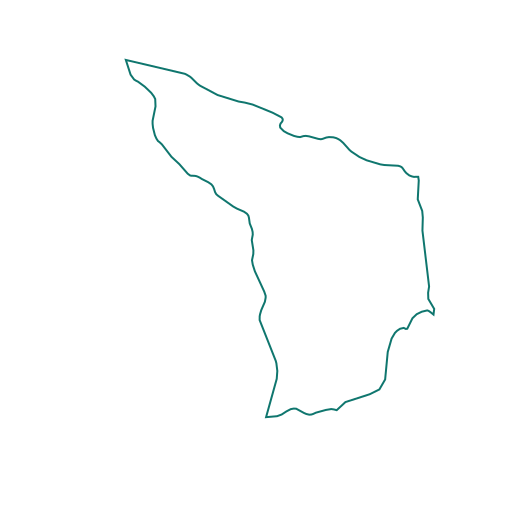 outline of Maldonado, rotated 289°
{"feature_id": "URY-20", "entity_name": "Maldonado", "entity_type": "Department", "adm_level": 1, "iso_a3": "URY", "parent_name": "Uruguay", "parent_adm1": "", "projection": "orthographic", "projection_center": [-54.808, -34.45], "detail": "fine", "context": "isolated", "style": "outline", "palette": "teal", "viewbox_px": 512, "rotation_deg": 289, "n_neighbors": 0, "source": "natural_earth", "source_scale": "10m", "svg_char_len": 2140}
<svg xmlns="http://www.w3.org/2000/svg" viewBox="0 0 512 512"><g transform="rotate(289 256 256)"><path d="M383.7,383.6L380.4,385.3L362.2,390.5L352.7,398.5L346.7,401.2L334.2,405.1L283.5,429.6L277.3,430.7L271.5,432.9L264.0,441.7L258.4,442.9L259.7,439.3L260.3,437.1L260.3,435.6L257.3,430.9L253.3,426.9L248.1,424.2L236.5,422.7L235.8,421.4L236.1,419.1L234.1,415.9L231.2,413.7L228.5,412.4L222.1,411.1L208.2,411.8L181.3,418.3L170.0,416.1L162.3,408.5L147.0,388.1L136.5,382.5L136.3,379.7L135.8,377.0L133.2,372.2L127.4,363.7L125.2,361.4L124.1,359.9L123.3,358.0L123.0,355.0L123.2,352.5L124.7,343.7L124.0,341.3L122.5,338.7L118.9,335.3L114.5,331.9L111.4,328.1L106.9,318.0L146.6,315.6L154.2,313.6L161.2,310.2L163.3,308.8L196.6,280.3L200.2,279.1L202.2,278.8L206.5,278.6L215.6,279.3L219.7,278.7L221.5,278.1L225.1,275.3L241.2,259.9L246.7,255.8L250.7,253.6L257.0,252.8L260.5,251.7L269.7,246.8L275.1,246.0L277.6,245.0L280.3,243.3L284.7,239.5L290.0,236.8L291.7,235.6L293.0,233.7L294.0,230.2L294.6,222.5L295.4,218.2L300.6,200.5L301.5,198.3L303.1,196.5L305.8,194.5L307.8,192.7L309.2,190.5L310.2,186.9L311.2,179.6L311.7,177.7L312.0,175.7L312.1,173.8L311.9,172.3L311.6,171.1L310.8,168.5L310.7,167.4L311.6,164.6L317.9,153.6L322.3,143.7L330.9,130.7L332.2,127.8L332.8,125.9L334.6,123.6L337.4,121.0L343.7,116.9L347.3,115.2L350.2,114.2L364.7,112.3L371.6,109.6L373.7,107.4L376.1,103.9L379.9,95.7L382.4,87.7L382.7,85.4L383.2,83.3L386.6,78.4L399.0,69.1L405.1,129.4L404.9,131.2L404.1,135.1L403.4,137.0L400.1,143.8L399.4,145.7L398.8,147.7L395.7,167.3L396.4,189.3L397.4,195.4L398.1,203.5L396.9,225.0L395.4,235.0L394.6,236.2L393.9,236.8L392.6,237.1L391.0,236.8L389.3,236.1L387.3,236.1L385.3,237.1L383.1,241.6L382.3,245.9L381.9,252.8L382.2,256.3L382.8,259.0L384.8,261.8L385.8,264.0L386.4,267.2L387.0,276.7L387.5,279.3L388.4,280.8L390.9,283.9L392.2,286.3L393.4,290.5L393.6,293.5L393.3,296.0L392.8,298.1L391.3,301.7L386.8,309.7L385.8,312.1L383.3,321.5L382.5,329.4L383.1,343.7L383.8,347.7L387.6,361.0L387.7,362.9L387.5,364.6L386.8,366.0L384.5,369.1L383.3,371.2L382.1,374.7L382.0,377.5L382.2,379.4L383.6,383.3L383.7,383.6Z" fill="none" stroke="#0f766e" stroke-width="2"/></g></svg>